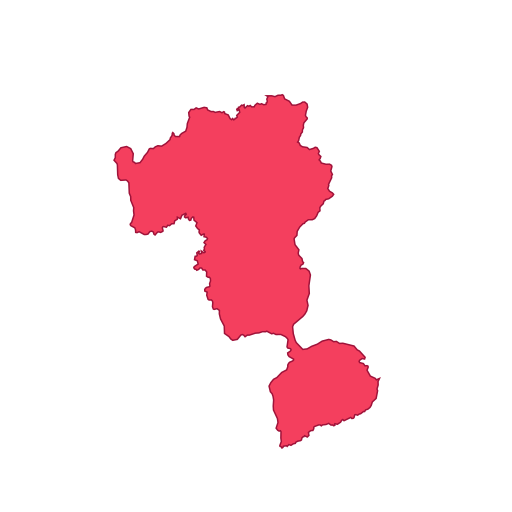 Los Andes, Nariño, Colombia (Natural Earth projection), rotated 27°
{"feature_id": "7082276B65989383346082", "entity_name": "Los Andes", "entity_type": "district", "adm_level": 2, "iso_a3": "COL", "parent_name": "Colombia", "parent_adm1": "Nariño", "projection": "natural_earth1", "projection_center": [-77.705, 1.658], "detail": "fine", "context": "isolated", "style": "filled", "palette": "rose", "viewbox_px": 512, "rotation_deg": 27, "n_neighbors": 0, "source": "geoboundaries", "source_scale": "gbopen_adm2", "svg_char_len": 6154}
<svg xmlns="http://www.w3.org/2000/svg" viewBox="0 0 512 512"><g transform="rotate(27 256 256)"><path d="M247.8,137.6L245.3,137.4L243.0,135.6L241.4,135.6L241.6,133.9L240.7,130.4L241.0,128.5L240.5,126.8L241.0,124.5L240.1,122.5L240.1,120.1L238.8,118.0L238.2,115.6L239.4,110.5L238.8,109.6L237.3,109.2L236.2,108.2L235.0,104.2L234.5,100.0L232.5,97.4L229.5,96.7L227.7,97.7L226.5,99.9L223.2,103.4L219.6,105.2L215.5,103.0L210.2,103.0L207.5,100.5L206.1,100.4L205.3,101.4L202.6,102.8L200.6,105.4L197.4,106.1L192.8,108.4L194.3,108.6L194.4,111.3L195.7,112.8L196.1,114.5L195.6,115.0L196.1,116.4L194.2,117.7L191.8,117.8L190.7,119.1L187.8,119.3L186.6,122.3L186.7,123.9L184.4,125.1L182.5,124.5L181.7,125.8L180.2,125.9L179.0,129.1L178.0,128.8L176.7,126.6L175.8,127.9L174.7,128.1L173.8,130.8L172.9,131.4L173.3,132.9L172.4,133.2L172.3,134.1L173.3,135.0L174.5,133.2L176.3,135.4L175.0,139.5L176.3,140.7L175.8,142.1L174.9,142.8L175.0,143.9L174.3,144.8L172.8,144.1L172.4,145.6L170.6,145.4L167.2,142.9L163.5,143.3L162.6,142.1L161.8,142.0L160.6,143.8L158.0,143.8L154.4,146.6L152.5,146.6L150.4,147.7L146.6,147.8L144.9,146.3L142.3,147.1L138.2,151.0L135.4,151.2L134.2,153.6L131.5,154.9L130.9,158.7L132.9,161.8L133.9,162.4L134.7,169.2L136.1,172.7L136.7,176.7L134.1,180.6L133.4,182.9L133.7,184.3L130.0,186.1L128.3,185.6L127.3,184.3L125.8,183.8L125.7,184.6L126.5,186.7L126.1,189.8L126.6,191.3L124.7,196.6L122.0,201.0L118.5,202.3L116.7,204.5L115.8,206.9L113.0,208.1L112.3,209.0L112.3,212.9L111.1,217.8L111.1,221.2L110.3,225.5L106.6,228.3L105.3,227.7L103.8,227.9L102.9,227.3L100.2,220.6L95.6,217.2L91.0,217.2L86.5,220.9L85.5,225.2L84.3,227.5L84.5,229.3L86.0,232.3L86.0,235.1L90.1,236.7L91.1,237.7L95.9,246.4L98.2,249.3L101.1,250.0L105.6,247.3L107.2,247.4L109.5,248.5L114.6,257.6L117.4,260.0L119.1,263.2L125.1,268.4L126.4,271.4L128.7,274.8L130.0,282.8L129.4,283.9L129.7,285.2L130.7,285.8L135.2,285.9L136.8,287.4L138.1,289.6L139.4,289.2L140.8,287.4L146.7,287.6L148.1,286.9L149.8,285.5L150.3,282.5L151.8,281.2L153.7,281.2L155.0,282.8L156.5,283.1L157.4,279.5L158.5,278.6L160.3,278.3L161.8,276.3L161.6,275.5L159.8,273.5L159.7,272.4L160.3,271.7L163.1,271.0L163.4,268.7L165.2,268.2L166.2,265.6L168.3,264.4L167.6,261.5L169.2,259.0L168.3,257.1L171.8,257.1L171.5,253.3L174.0,249.9L174.9,250.5L174.2,252.7L174.6,253.7L176.0,253.9L177.9,252.3L179.0,253.7L180.6,254.5L181.6,253.7L181.3,251.9L181.8,250.0L182.9,249.7L184.5,252.2L188.3,253.1L188.7,256.6L191.6,258.1L193.6,258.4L194.4,260.6L195.2,261.3L197.8,262.4L199.1,260.4L200.0,260.0L200.9,262.4L203.3,261.8L204.9,262.5L205.0,263.7L203.8,265.6L203.6,267.7L206.1,268.4L205.9,271.8L207.0,273.4L206.8,274.6L208.7,275.1L208.9,275.7L208.1,276.8L205.0,276.4L206.4,278.4L204.7,279.9L203.8,279.7L203.5,277.7L202.9,277.5L201.8,280.1L203.3,282.0L203.2,283.0L201.9,283.9L202.9,287.2L205.9,286.9L208.1,289.4L205.8,293.5L205.9,294.7L207.3,295.5L208.7,295.1L209.7,295.6L211.0,294.0L211.4,292.3L212.3,291.6L213.2,291.5L215.0,292.6L217.0,291.6L219.3,292.6L221.1,296.5L223.1,296.7L224.1,296.1L225.5,296.7L226.8,298.8L227.2,301.7L228.6,303.7L228.3,304.7L226.4,306.2L225.6,307.6L225.5,309.1L226.3,310.5L228.9,310.4L229.9,313.3L233.0,316.4L234.1,316.5L236.3,315.4L237.6,315.9L238.7,317.2L240.2,320.9L242.0,322.6L242.9,322.6L245.2,320.6L248.1,321.1L249.6,324.2L253.0,328.2L259.5,332.8L263.1,339.3L268.6,340.1L271.2,341.4L273.5,341.7L277.2,338.8L278.4,333.3L279.4,332.2L281.0,332.1L282.9,332.9L284.2,330.4L286.0,329.5L290.5,325.0L293.5,323.2L296.1,320.5L299.1,319.0L299.7,318.1L305.3,318.2L306.7,316.9L309.4,316.9L313.8,314.6L318.9,314.5L321.5,315.3L322.6,316.1L324.9,322.9L326.1,323.6L328.8,322.9L329.9,323.7L329.8,325.2L328.2,328.0L329.3,329.6L331.2,330.6L336.3,330.8L336.7,331.6L336.3,332.9L334.2,335.4L333.8,336.7L333.8,338.7L334.6,340.2L335.0,343.6L331.8,348.1L329.8,354.8L327.6,357.9L326.7,362.2L326.7,366.0L330.4,370.4L332.9,371.4L334.9,373.3L337.1,376.3L339.5,381.9L341.5,385.3L348.9,391.1L351.2,394.4L352.1,400.3L354.5,401.4L356.1,401.5L357.1,400.6L358.1,401.3L360.8,406.9L362.8,409.8L363.3,414.1L363.8,414.7L364.8,414.5L366.3,415.3L366.9,414.3L366.7,413.1L369.3,411.2L370.2,411.5L370.9,409.1L373.1,408.8L374.5,406.4L376.1,405.1L376.0,403.9L377.2,402.1L379.5,400.3L380.0,399.3L379.5,397.1L380.1,395.6L380.7,395.3L380.8,394.1L383.9,394.0L384.6,391.8L382.8,389.4L384.0,386.8L385.9,385.6L385.9,383.7L385.2,382.4L385.5,381.4L388.6,378.0L389.9,377.4L391.3,377.7L391.9,376.3L394.8,374.4L396.8,372.1L399.6,372.6L400.9,371.8L402.2,372.0L403.1,371.2L403.3,371.6L403.1,371.0L402.4,370.4L402.4,369.6L404.9,369.0L406.8,365.7L406.9,363.6L407.6,362.3L409.2,362.8L413.7,356.8L415.1,357.3L416.3,356.5L416.7,355.5L416.1,352.7L416.9,352.0L418.8,351.7L419.9,349.7L420.8,349.1L422.4,345.7L423.4,345.3L423.5,343.4L425.2,341.7L426.3,339.2L426.5,336.8L425.9,333.2L427.7,328.4L425.5,320.8L424.2,319.6L423.4,315.5L421.7,312.4L421.6,309.1L419.4,311.7L417.8,310.9L412.4,311.1L406.8,307.4L406.4,304.1L405.8,303.3L404.7,303.3L403.0,304.4L400.5,303.1L396.7,303.9L395.7,303.1L395.7,301.8L397.1,299.2L399.5,298.5L399.2,296.7L391.3,293.7L388.8,293.7L384.2,291.7L373.0,294.3L370.1,296.0L366.4,295.6L364.1,297.1L360.8,296.8L358.7,297.3L353.6,301.8L350.7,306.7L346.6,311.2L343.8,315.5L340.1,318.0L331.2,314.9L329.1,313.3L324.5,308.3L320.7,302.4L320.5,299.7L325.2,288.5L325.9,285.6L326.1,281.8L324.8,276.4L321.4,272.2L320.5,265.2L316.6,258.5L313.1,248.2L310.2,245.4L306.1,244.5L302.4,246.3L301.5,247.3L300.8,247.1L300.3,245.9L300.3,243.7L301.5,241.9L301.4,240.3L300.1,239.9L298.1,237.4L293.7,235.9L292.3,234.3L291.4,231.0L285.6,228.2L282.2,223.5L282.1,222.3L283.1,219.1L281.5,215.3L281.8,210.3L283.2,205.9L284.3,204.9L284.4,203.4L286.2,199.9L289.7,198.1L291.3,196.0L291.8,192.6L291.5,188.9L292.5,186.7L290.9,184.0L291.1,182.0L292.2,178.9L291.6,176.3L292.3,175.2L292.3,174.1L294.8,172.0L296.9,168.0L297.2,165.8L295.4,165.1L292.1,164.9L289.3,163.3L288.9,160.2L288.1,159.2L287.9,151.9L286.9,150.2L287.1,148.7L284.0,146.3L283.1,141.9L282.1,140.9L279.8,140.8L276.7,142.5L271.9,143.5L270.4,142.3L268.6,141.7L268.9,140.1L268.6,137.9L265.9,137.1L265.0,136.3L264.9,134.0L261.1,131.8L259.4,132.2L258.3,134.0L255.3,136.9L252.3,136.1L247.8,137.6Z" fill="#f43f5e" stroke="#9f1239" stroke-width="1.5"/></g></svg>